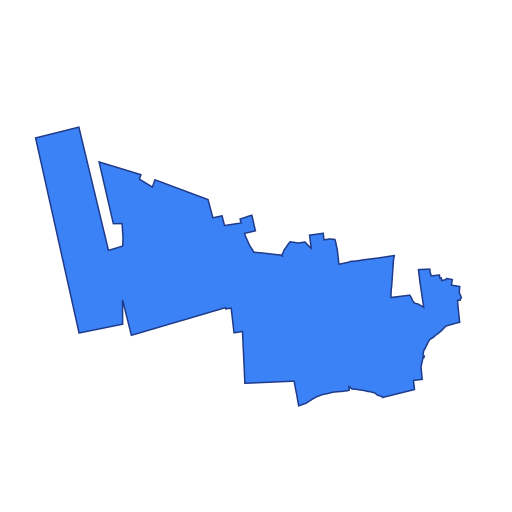 Halachó, Yucatán, Mexico (orthographic projection), rotated 346°
{"feature_id": "50627088B14474633080003", "entity_name": "Halachó", "entity_type": "district", "adm_level": 2, "iso_a3": "MEX", "parent_name": "Mexico", "parent_adm1": "Yucatán", "projection": "orthographic", "projection_center": [-90.126, 20.586], "detail": "fine", "context": "isolated", "style": "filled", "palette": "blue", "viewbox_px": 512, "rotation_deg": 346, "n_neighbors": 0, "source": "geoboundaries", "source_scale": "gbopen_adm2", "svg_char_len": 4307}
<svg xmlns="http://www.w3.org/2000/svg" viewBox="0 0 512 512"><g transform="rotate(346 256 256)"><path d="M439.0,359.5L439.8,353.9L439.8,353.6L440.9,347.7L441.8,348.0L443.5,348.2L443.8,347.4L445.2,346.1L444.4,341.0L444.5,340.3L446.3,334.9L438.5,331.5L440.8,326.4L435.5,323.9L434.4,324.9L430.2,324.7L430.3,323.9L430.5,322.1L429.5,321.9L429.0,321.8L429.4,318.8L421.1,317.7L421.2,315.2L420.8,315.1L421.5,310.8L410.3,308.5L409.1,318.4L408.8,320.4L408.7,321.5L408.5,323.9L406.3,346.3L404.2,344.3L404.1,344.2L401.4,341.6L399.8,341.0L398.4,340.0L397.2,337.4L396.8,334.6L395.7,331.2L393.0,330.9L377.1,328.9L376.9,328.8L379.1,321.2L380.2,318.5L388.6,292.7L389.0,291.8L390.3,289.0L374.1,287.5L359.4,285.7L358.7,285.6L358.4,285.6L357.5,285.5L356.5,285.5L354.3,285.3L352.8,285.1L352.2,285.1L350.4,284.9L349.9,284.7L349.6,284.7L349.0,284.5L348.9,284.5L348.2,284.5L347.0,284.2L346.5,284.1L346.0,284.1L345.4,284.3L344.7,284.4L344.2,284.4L343.5,284.4L342.9,284.4L341.5,284.4L340.4,284.3L339.8,284.3L337.5,284.2L337.0,284.1L336.9,284.1L336.4,284.2L334.7,284.1L334.5,283.9L334.6,283.0L334.9,281.0L335.1,279.5L335.1,279.2L335.3,277.9L335.3,277.7L335.9,273.5L336.1,271.6L336.4,269.7L336.5,264.8L336.7,262.4L336.6,259.1L334.5,258.3L331.8,257.3L331.0,257.2L329.0,257.1L328.9,257.1L328.7,257.0L326.9,256.9L325.9,256.8L326.0,255.8L326.2,254.0L326.5,252.1L326.7,250.2L323.9,249.9L323.4,249.9L320.6,249.6L317.5,249.2L315.7,249.0L313.9,248.8L313.0,248.7L312.9,249.5L312.8,250.4L312.7,251.4L312.6,252.3L312.4,253.3L312.3,254.2L312.2,255.1L312.1,256.1L312.0,257.0L311.9,257.9L311.8,258.9L311.7,259.8L311.4,261.7L311.1,261.2L310.7,260.7L310.2,260.0L310.1,259.9L309.9,259.6L308.9,257.8L308.4,256.9L308.2,256.7L307.9,256.2L307.8,255.9L307.2,254.8L307.0,254.3L306.4,254.2L306.2,254.2L305.5,254.2L305.0,254.1L304.7,254.1L303.9,254.0L303.5,253.9L303.0,253.9L302.1,253.9L301.8,253.9L301.4,253.8L300.9,253.7L300.4,253.7L299.2,253.3L298.2,252.8L297.5,252.5L297.3,252.4L296.8,252.2L296.5,252.1L296.1,251.9L295.7,251.7L294.6,251.4L293.4,250.8L292.7,250.4L291.6,251.2L291.0,251.6L290.1,252.4L289.8,252.5L289.3,252.9L288.2,254.0L286.2,255.8L286.0,256.0L285.8,256.1L285.2,256.5L284.1,257.7L283.7,258.2L283.4,258.8L283.1,259.4L281.3,261.0L281.5,262.3L280.7,261.8L280.3,261.3L279.9,261.0L262.3,254.4L260.1,253.7L259.2,253.4L258.3,253.0L258.1,252.9L257.4,252.7L256.5,252.4L255.6,252.1L254.9,251.8L254.1,249.3L253.6,247.7L252.9,246.0L252.5,244.5L252.0,242.4L251.5,239.4L250.8,235.6L250.5,233.9L250.4,231.3L253.1,231.3L256.6,231.4L259.5,231.4L261.5,231.4L261.6,228.1L261.6,225.4L261.7,221.8L261.8,218.2L261.8,216.8L261.8,215.4L258.6,215.6L256.8,215.7L255.9,215.8L255.0,215.9L254.1,216.0L253.2,216.0L252.3,216.1L251.3,216.2L250.4,216.2L249.5,216.3L249.5,218.2L249.7,219.6L249.7,220.1L249.7,220.4L232.8,218.8L232.8,214.0L232.7,214.1L232.8,208.8L232.7,208.8L226.2,208.6L223.4,208.5L223.1,189.7L176.4,157.6L172.1,164.1L161.5,153.2L164.0,149.3L134.6,131.6L129.9,128.8L126.5,126.7L125.4,190.1L133.9,192.2L131.4,206.0L129.1,214.1L117.8,214.7L114.2,214.8L115.3,88.1L70.7,88.1L65.7,287.9L110.1,289.9L115.9,266.3L115.9,302.8L214.1,298.7L213.8,300.0L219.3,300.6L216.1,325.2L224.6,326.0L217.0,364.1L214.4,376.8L262.0,386.5L262.7,386.6L262.6,388.4L262.2,394.9L261.9,401.5L261.4,407.5L261.2,411.7L268.8,411.0L277.7,408.0L280.9,407.3L286.4,406.6L288.3,406.6L292.5,406.8L294.4,406.7L296.9,406.8L298.8,406.9L301.5,407.3L306.6,408.2L308.0,408.3L310.9,408.7L311.4,408.7L312.0,408.8L312.7,408.8L313.8,408.9L314.7,406.0L314.6,405.3L315.2,405.7L315.8,406.9L316.9,408.2L318.1,408.7L320.3,409.3L322.4,410.2L324.5,411.1L325.7,411.6L327.0,412.0L328.2,412.7L328.8,412.9L329.9,413.5L330.1,413.6L330.7,413.9L331.2,414.2L332.1,414.7L334.0,415.3L336.0,416.5L336.9,416.9L337.9,417.4L339.1,418.8L339.4,419.6L339.8,419.8L340.1,419.9L340.5,420.6L342.5,421.8L342.9,422.1L343.1,422.1L344.1,422.7L344.3,422.9L344.6,423.3L344.5,423.9L377.5,423.9L377.9,420.9L378.7,414.8L387.4,415.9L388.4,409.6L389.2,403.8L390.6,400.8L392.8,396.4L393.4,395.0L394.1,395.4L394.6,394.4L394.8,394.4L395.1,393.8L394.1,393.4L394.3,391.8L394.8,390.7L396.2,387.9L397.5,387.1L397.8,386.6L398.1,386.1L402.4,381.0L404.4,379.1L409.0,377.6L411.2,376.2L413.9,375.3L417.7,373.4L420.8,371.5L422.3,370.6L423.2,369.9L435.7,369.5L435.8,369.5L437.6,369.6L439.0,359.5Z" fill="#3b82f6" stroke="#1e3a8a" stroke-width="1.5"/></g></svg>